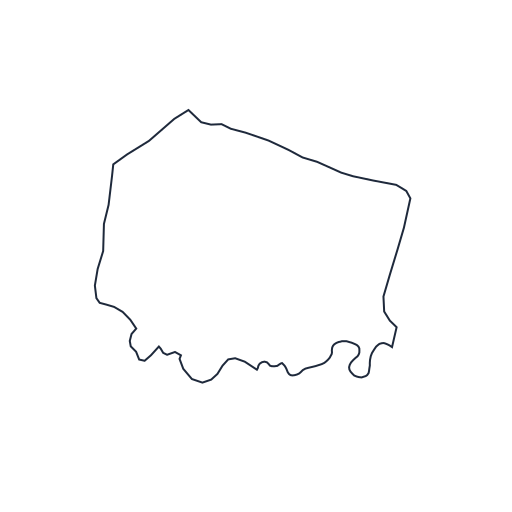 the district of Aguas Corrientes, Canelones, Uruguay, rotated 229°
{"feature_id": "84410073B95258076060136", "entity_name": "Aguas Corrientes", "entity_type": "district", "adm_level": 2, "iso_a3": "URY", "parent_name": "Uruguay", "parent_adm1": "Canelones", "projection": "natural_earth1", "projection_center": [-56.387, -34.527], "detail": "fine", "context": "isolated", "style": "outline", "palette": "slate", "viewbox_px": 512, "rotation_deg": 229, "n_neighbors": 0, "source": "geoboundaries", "source_scale": "gbopen_adm2", "svg_char_len": 2170}
<svg xmlns="http://www.w3.org/2000/svg" viewBox="0 0 512 512"><g transform="rotate(229 256 256)"><path d="M410.5,300.8L411.7,293.3L413.1,284.4L413.1,250.8L417.2,225.6L418.8,208.4L410.7,199.7L391.3,178.3L380.0,162.3L360.0,143.9L350.1,128.0L339.4,115.0L328.9,107.9L323.2,107.3L317.6,111.1L310.7,115.5L301.2,118.7L290.3,119.3L279.8,118.0L278.8,110.9L274.7,105.0L270.0,102.2L262.4,102.7L254.5,99.9L250.0,103.2L250.0,111.6L251.4,123.3L248.6,123.3L243.8,122.4L239.8,124.1L236.7,131.9L230.3,134.2L228.5,130.8L218.6,127.1L205.2,126.9L195.6,132.5L192.1,141.1L192.3,149.5L195.2,158.8L196.2,167.2L192.5,173.2L183.6,178.2L169.6,182.1L170.3,184.0L171.2,185.2L171.7,186.0L172.3,188.2L171.9,190.9L170.7,193.1L168.6,194.5L166.1,194.7L164.1,194.6L162.6,195.5L160.8,197.4L159.1,200.0L158.9,202.3L158.6,204.2L158.1,205.4L156.5,205.5L154.4,205.6L152.5,205.3L150.9,204.9L148.9,204.2L147.4,203.7L145.2,203.5L143.5,203.9L142.0,205.1L140.7,207.0L139.7,209.1L139.0,211.5L139.0,213.8L139.2,216.4L138.6,219.4L137.2,222.3L135.5,225.5L133.8,228.8L132.7,231.4L131.9,233.2L131.2,234.9L130.5,237.5L130.4,240.1L130.5,242.4L130.9,245.0L131.5,246.5L132.3,248.7L133.4,250.1L135.0,251.3L136.2,252.6L137.0,253.6L137.7,255.2L138.0,256.9L137.8,258.8L137.5,260.1L136.8,262.1L136.1,263.2L135.3,265.0L134.3,266.1L133.3,267.3L132.3,268.4L130.9,269.3L129.3,270.3L128.0,271.2L126.2,272.1L124.1,273.1L122.6,273.7L120.4,273.9L118.4,273.3L116.7,271.9L115.3,270.6L114.3,268.9L113.7,266.8L113.8,264.3L113.7,261.1L113.3,257.9L112.4,255.4L111.0,253.3L109.0,252.0L106.8,251.5L104.2,251.5L101.4,251.7L99.0,252.9L97.1,254.2L95.1,256.0L94.1,258.4L93.4,260.0L93.2,261.8L93.8,264.2L95.1,265.9L96.7,267.7L98.7,270.1L100.6,271.7L102.7,273.8L105.1,276.9L106.7,279.9L107.9,283.8L108.8,287.2L108.8,289.6L108.7,291.5L107.6,293.8L106.5,295.3L105.1,296.2L102.9,297.3L101.2,298.0L100.6,298.2L98.0,298.9L110.0,315.4L119.4,314.6L130.0,316.3L141.8,325.6L154.3,345.1L168.2,367.3L180.3,386.2L198.2,410.3L206.5,412.1L217.7,408.5L235.9,394.1L252.6,381.5L263.0,375.0L286.8,364.0L299.8,355.8L314.6,350.2L334.9,341.2L356.0,329.0L368.5,320.5L378.1,316.5L384.7,308.2L392.9,302.4L410.5,300.8Z" fill="none" stroke="#1e293b" stroke-width="2"/></g></svg>